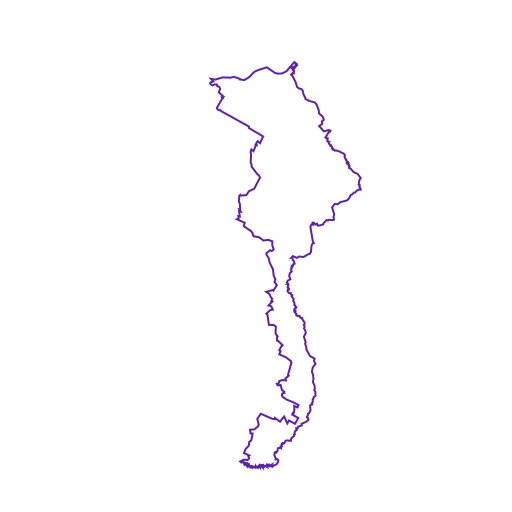 outline of Santa Ana, Magdalena, Colombia, rotated 119°
{"feature_id": "7082276B74348291748480", "entity_name": "Santa Ana", "entity_type": "district", "adm_level": 2, "iso_a3": "COL", "parent_name": "Colombia", "parent_adm1": "Magdalena", "projection": "robinson", "projection_center": [-74.196, 9.504], "detail": "fine", "context": "isolated", "style": "outline", "palette": "violet", "viewbox_px": 512, "rotation_deg": 119, "n_neighbors": 0, "source": "geoboundaries", "source_scale": "gbopen_adm2", "svg_char_len": 6130}
<svg xmlns="http://www.w3.org/2000/svg" viewBox="0 0 512 512"><g transform="rotate(119 256 256)"><path d="M122.9,381.3L124.1,378.0L126.5,380.1L127.6,379.3L128.0,377.0L126.0,375.4L125.0,373.3L126.2,372.3L125.9,370.2L127.1,368.4L130.9,367.9L132.3,361.8L133.0,362.4L133.8,361.6L134.0,362.5L134.5,361.9L145.5,362.0L146.3,361.0L146.5,359.4L145.8,358.0L146.2,357.3L146.2,325.0L147.5,324.3L148.0,307.7L155.4,307.2L154.8,310.2L156.8,310.5L158.7,309.1L158.9,310.3L160.5,309.6L165.6,309.1L165.1,311.7L167.3,311.3L170.0,309.3L176.9,305.9L178.4,304.0L179.9,303.3L183.9,294.3L184.2,292.3L185.6,290.5L198.1,290.2L202.8,293.6L207.4,294.0L210.8,299.0L210.3,299.4L211.4,299.8L216.7,297.4L218.0,295.6L222.3,292.8L223.1,292.4L223.3,293.2L224.6,290.8L225.1,292.5L229.3,289.3L229.7,290.8L231.8,289.4L233.1,290.5L232.4,282.0L235.9,281.2L236.6,272.5L237.7,270.0L239.4,268.8L239.8,267.2L238.1,262.6L238.9,257.0L236.0,253.2L235.2,248.9L238.7,247.0L241.7,243.7L244.0,244.6L244.1,246.4L248.6,248.3L249.8,247.3L251.8,243.8L255.3,240.7L259.3,234.8L264.5,231.1L267.0,227.8L269.7,227.2L271.5,223.6L277.9,224.0L277.6,224.8L282.4,229.6L282.8,225.8L285.0,222.8L285.6,221.0L288.0,220.8L287.8,219.6L293.2,221.1L292.6,218.3L294.7,215.3L296.4,217.3L301.4,219.0L301.8,217.5L310.0,211.3L307.8,207.0L308.2,204.4L314.5,201.2L315.8,198.1L316.9,198.3L319.8,196.5L319.5,195.6L321.2,189.4L323.0,190.1L327.2,189.9L327.3,188.4L330.7,188.0L330.1,180.4L331.0,174.5L331.8,174.2L332.0,173.3L344.5,170.4L344.8,169.3L348.8,170.9L350.3,169.5L351.7,172.7L354.1,175.0L356.3,174.5L357.8,175.8L358.6,174.2L356.9,171.9L360.6,168.4L361.1,165.6L361.7,165.8L362.0,164.9L363.8,166.3L365.5,165.7L366.4,164.4L366.7,159.4L365.8,151.6L365.8,146.5L368.4,146.3L368.6,149.9L372.0,147.8L375.1,146.8L375.3,147.7L377.2,147.4L377.2,140.5L383.8,140.5L383.9,147.4L387.3,147.4L382.8,153.6L389.3,154.7L388.5,160.9L389.6,160.5L390.5,162.9L391.7,175.4L397.9,175.9L402.3,171.7L404.4,171.7L408.5,173.4L410.9,177.1L413.9,174.7L412.9,172.9L418.7,170.9L419.6,170.7L421.8,171.8L425.3,170.3L429.7,171.5L434.2,171.0L433.7,165.2L434.7,165.7L436.3,163.9L438.6,164.5L439.9,167.8L443.4,170.2L443.8,168.6L442.2,166.9L443.6,165.5L442.3,165.6L442.1,165.1L443.5,164.2L443.0,163.8L442.2,164.4L441.7,163.7L443.3,163.6L444.0,162.3L441.7,162.4L441.5,161.8L443.1,161.7L444.1,160.8L442.3,160.4L443.6,158.6L442.8,158.4L443.0,157.5L442.3,157.8L442.5,156.6L441.6,157.0L441.5,154.7L440.1,154.7L441.3,153.7L440.9,153.3L440.2,153.9L439.8,153.4L439.9,152.7L440.6,152.6L440.4,151.5L439.9,151.3L439.6,152.3L439.0,151.1L438.3,151.9L437.1,151.6L438.4,150.0L437.0,150.5L437.6,148.4L436.2,149.8L435.2,148.6L437.0,146.8L435.1,146.4L435.1,144.3L434.4,145.3L433.3,145.3L433.8,144.7L432.7,143.9L433.8,143.6L433.5,142.4L433.0,142.1L433.2,142.7L432.3,143.0L432.3,142.0L430.8,141.1L432.7,141.0L432.4,139.4L430.8,139.1L428.2,137.0L425.7,136.8L423.9,137.4L423.4,139.0L424.4,140.2L423.1,140.9L421.2,143.5L418.9,144.4L417.9,144.0L418.2,143.0L416.1,142.7L413.5,143.7L412.1,141.8L411.4,142.0L411.6,141.3L411.0,141.7L410.1,141.0L409.0,142.1L408.0,141.6L407.7,142.4L406.7,142.2L406.0,140.5L403.5,140.6L402.4,139.8L400.8,135.9L398.2,136.8L395.0,135.4L394.0,136.1L393.0,135.6L392.1,136.6L390.0,136.9L388.4,135.9L387.2,137.3L386.4,136.1L385.6,136.5L384.5,136.0L382.0,133.8L380.6,134.8L377.4,132.2L374.0,130.7L372.5,131.7L372.5,133.1L371.8,133.5L369.9,133.3L368.7,134.1L367.8,133.4L364.7,133.4L360.6,136.2L359.9,136.2L358.6,134.8L357.4,135.9L356.3,135.5L353.9,136.9L353.1,136.5L351.7,137.1L349.4,136.2L346.1,138.3L345.1,140.0L343.4,140.3L341.0,141.9L338.8,145.0L335.5,146.2L332.2,148.6L330.1,151.0L326.1,152.3L321.5,151.7L319.7,154.4L317.3,155.1L317.3,160.2L313.2,166.8L311.4,167.7L309.0,170.5L307.3,170.8L303.4,175.0L299.2,175.1L297.1,177.0L296.1,178.9L294.4,179.1L293.0,180.9L292.3,180.4L290.8,181.1L288.6,185.2L287.8,185.6L288.5,187.4L287.3,188.7L288.4,191.0L288.1,192.3L287.1,192.5L286.3,195.3L285.0,194.8L284.8,196.4L284.0,196.7L282.8,195.9L281.3,195.9L281.6,196.8L280.3,197.6L280.2,198.7L278.6,199.5L277.0,201.9L275.8,201.9L275.0,202.6L274.2,205.1L272.7,205.3L272.7,206.8L271.6,207.5L272.4,209.2L271.6,211.3L269.9,211.8L269.6,211.3L269.4,211.8L268.6,211.4L267.8,213.4L265.8,213.5L265.6,214.3L264.9,214.5L265.2,215.1L264.7,214.9L264.0,216.1L262.2,216.3L259.6,214.7L257.4,217.3L254.5,218.1L252.3,217.2L250.9,218.9L249.1,218.8L248.7,219.6L247.5,219.3L247.1,219.8L246.7,219.0L245.3,219.5L244.0,218.5L242.1,220.3L241.7,221.9L239.5,223.5L240.1,224.1L238.3,223.7L237.8,219.3L235.6,218.1L233.8,213.9L229.6,211.5L228.2,210.1L225.8,209.9L220.5,212.3L217.8,212.6L216.6,211.7L215.8,213.3L204.1,222.6L201.5,222.8L200.9,221.1L199.4,222.6L198.9,222.0L199.4,218.8L198.2,218.3L199.4,216.5L198.3,215.0L195.7,212.5L194.6,212.8L190.3,211.7L190.1,210.3L189.2,209.9L187.5,206.3L186.4,205.4L183.9,207.3L181.6,207.8L176.6,213.0L172.3,212.4L171.1,209.6L168.2,208.5L163.2,203.3L160.3,202.5L156.8,202.7L155.6,201.8L153.1,201.1L152.5,200.1L149.9,199.5L147.5,197.7L147.3,196.7L146.6,196.9L145.3,199.2L143.7,199.6L143.6,200.9L139.5,202.4L137.1,202.2L134.9,207.0L135.3,211.4L133.7,215.6L133.9,217.4L132.4,217.7L132.3,218.2L131.7,218.0L131.2,218.7L131.3,220.3L130.8,220.3L130.8,221.7L130.1,222.0L129.4,220.9L128.4,223.8L127.8,223.9L127.9,224.6L126.2,226.8L124.9,226.9L124.0,228.8L124.2,234.1L124.9,237.4L125.7,238.2L125.2,239.9L125.7,240.2L125.1,241.6L124.7,241.2L123.3,243.0L123.6,244.5L122.6,244.6L122.4,246.6L121.2,248.0L120.7,247.7L120.9,249.4L118.3,250.3L118.9,251.6L118.6,252.7L112.1,252.4L111.4,251.5L110.4,251.6L110.5,253.4L114.1,257.1L111.7,263.8L108.5,262.2L106.2,263.7L104.2,262.7L103.5,263.1L101.7,265.5L100.8,269.8L98.4,271.5L94.3,276.2L93.2,278.9L94.6,285.0L94.7,288.9L93.9,289.3L91.9,292.5L88.4,295.7L88.0,297.5L88.6,299.2L88.3,301.9L84.7,305.7L81.0,311.1L80.3,313.3L79.4,313.1L78.1,311.6L77.5,312.5L76.6,311.9L75.4,312.7L75.5,314.0L72.6,313.4L74.3,315.2L74.4,315.9L73.6,316.4L72.8,314.9L69.2,312.7L69.0,314.0L68.3,313.7L67.9,316.5L79.6,318.9L83.5,321.5L85.9,325.2L86.7,328.3L85.7,338.0L92.3,344.2L95.8,346.8L102.5,348.5L107.8,351.5L109.4,355.8L108.9,356.1L110.0,362.3L112.3,364.6L116.0,371.8L121.4,377.0L122.9,381.3Z" fill="none" stroke="#5b21b6" stroke-width="2"/></g></svg>